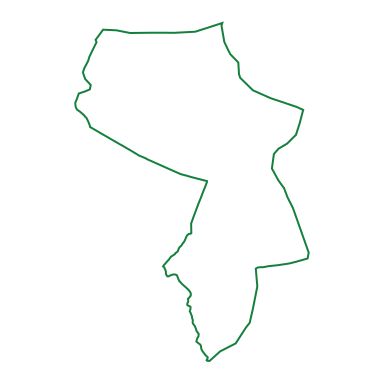 Habila - WD, Western Darfur, Sudan
{"feature_id": "16777658B76489940696560", "entity_name": "Habila - WD", "entity_type": "district", "adm_level": 2, "iso_a3": "SDN", "parent_name": "Sudan", "parent_adm1": "Western Darfur", "projection": "mercator", "projection_center": [22.41, 12.608], "detail": "fine", "context": "isolated", "style": "outline", "palette": "green", "viewbox_px": 384, "rotation_deg": 0, "n_neighbors": 0, "source": "geoboundaries", "source_scale": "gbopen_adm2", "svg_char_len": 2710}
<svg xmlns="http://www.w3.org/2000/svg" viewBox="0 0 384 384"><path d="M96.1,39.2L95.6,39.8L96.5,42.3L92.1,51.1L90.7,54.1L89.4,56.8L88.1,61.0L86.3,64.5L84.5,67.8L82.9,72.3L85.1,78.9L90.7,85.0L89.9,89.3L85.7,91.2L78.8,93.5L76.5,99.9L75.3,102.6L75.4,105.1L75.9,107.6L77.2,109.8L79.9,111.6L81.7,113.2L83.9,115.1L85.1,116.6L86.6,118.1L88.4,121.9L89.7,125.2L90.1,127.0L90.4,127.2L92.3,128.3L93.4,128.9L93.9,129.2L96.5,130.7L98.7,132.0L101.9,133.9L104.5,135.4L107.0,136.8L110.0,138.6L120.8,144.8L122.6,145.7L123.6,146.3L124.0,146.6L129.2,149.6L139.5,155.8L142.4,156.9L145.0,158.0L145.9,158.4L146.2,158.6L146.6,159.0L165.9,167.6L177.4,172.7L180.9,174.2L187.4,175.9L191.8,177.2L207.0,181.1L206.8,182.5L206.3,183.8L205.2,186.7L203.7,190.3L200.9,197.7L199.5,201.1L198.2,204.3L197.7,205.8L196.6,208.6L195.4,211.9L194.1,215.3L191.1,223.6L191.2,226.5L191.3,233.3L190.5,233.7L188.8,233.9L187.3,235.2L186.7,236.1L185.9,237.8L185.5,238.8L184.2,241.6L182.7,243.5L181.3,245.7L179.4,247.4L178.6,249.1L178.4,249.5L177.7,251.5L176.2,252.6L175.2,253.4L174.8,254.2L172.5,255.7L170.9,256.8L169.0,259.4L167.3,261.3L163.7,265.4L163.1,266.5L164.4,267.5L164.8,269.0L165.1,269.4L165.4,269.9L165.9,271.8L165.9,273.5L166.3,274.8L167.3,276.3L168.8,276.3L170.0,275.5L173.4,274.4L173.6,274.4L175.7,274.6L177.1,275.5L177.7,277.4L178.2,278.5L178.3,278.8L178.4,279.2L179.4,281.2L179.6,281.2L181.5,283.5L184.5,286.2L185.7,287.2L188.8,290.2L190.5,292.6L190.9,294.7L190.5,296.0L189.9,296.8L189.8,297.0L188.0,298.8L188.1,299.3L188.1,299.8L188.2,300.0L188.2,300.3L188.2,301.8L187.9,302.4L187.4,303.3L187.4,303.5L187.2,304.8L188.0,305.6L189.5,306.1L190.5,306.9L190.5,308.2L190.3,309.7L189.7,311.2L190.5,312.7L191.1,314.2L191.8,315.9L192.2,318.3L192.8,320.0L192.8,320.8L192.6,322.3L193.0,323.6L194.9,326.2L195.7,328.3L196.6,331.1L198.7,333.9L198.5,336.2L197.4,338.1L196.8,339.6L196.4,341.6L197.6,342.6L200.3,344.6L201.0,346.1L201.2,348.4L201.8,350.1L203.3,352.3L204.9,354.4L205.6,355.2L206.4,356.1L207.7,357.2L207.4,358.9L206.6,360.2L207.2,360.8L207.5,360.8L208.5,360.8L209.5,361.0L209.7,360.8L210.5,360.1L220.1,351.4L235.7,343.4L245.9,327.6L249.7,322.8L253.1,307.8L257.3,286.5L255.8,268.6L257.8,267.5L260.4,267.2L263.1,267.2L268.9,266.1L277.8,265.2L289.1,263.5L295.6,261.9L307.6,258.5L308.7,252.6L293.0,208.2L287.6,197.5L284.0,188.0L283.9,188.0L278.4,180.4L271.9,168.5L273.8,154.7L273.9,154.0L278.5,148.7L287.0,143.7L294.8,136.0L295.9,135.0L297.0,131.6L299.7,123.2L302.6,112.1L303.2,109.9L296.6,106.9L270.4,98.1L252.9,90.3L240.2,77.8L239.0,74.2L238.3,62.5L230.3,54.2L228.2,50.1L224.3,41.9L221.5,25.6L222.3,23.0L222.0,23.1L195.3,31.7L174.6,32.8L154.1,32.7L130.1,33.0L116.4,30.3L103.1,29.7L96.1,39.2Z" fill="none" stroke="#15803d" stroke-width="2"/></svg>